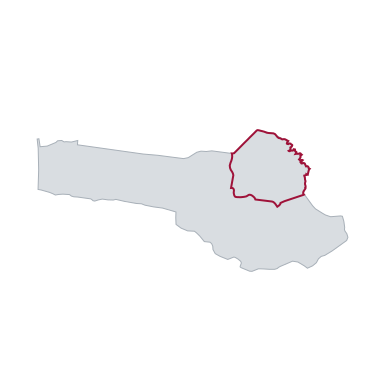 Atakora highlighted on a map of Benin, rotated 98°
{"feature_id": "BEN-2181", "entity_name": "Atakora", "entity_type": "Department", "adm_level": 1, "iso_a3": "BEN", "parent_name": "Benin", "parent_adm1": "", "projection": "robinson", "projection_center": [1.484, 10.71], "detail": "fine", "context": "in_parent", "style": "outline", "palette": "rose", "viewbox_px": 384, "rotation_deg": 98, "n_neighbors": 0, "source": "natural_earth", "source_scale": "10m", "svg_char_len": 4434}
<svg xmlns="http://www.w3.org/2000/svg" viewBox="0 0 384 384"><g transform="rotate(98 192 192)"><path d="M161.1,352.7L160.6,351.0L168.3,348.7L166.7,341.8L161.9,333.7L160.0,332.2L159.1,328.2L160.2,325.6L159.7,323.8L159.3,318.3L156.9,312.3L161.2,312.0L161.2,292.7L161.2,274.1L161.2,258.2L161.2,245.7L160.4,230.6L160.3,219.6L160.1,205.0L158.5,200.5L152.0,192.8L150.3,188.8L149.9,183.5L148.5,178.1L148.4,168.6L148.3,157.5L147.7,155.7L140.7,150.4L130.7,142.9L123.1,137.2L122.5,136.8L121.7,135.4L122.9,118.5L124.4,116.3L126.9,109.4L128.0,103.8L129.1,103.8L130.7,102.0L131.9,99.3L133.2,99.9L135.5,100.4L136.5,99.4L136.3,97.4L137.1,95.3L138.8,94.3L139.3,92.4L139.3,90.3L140.8,89.7L143.3,89.8L145.4,89.1L147.1,88.0L149.3,83.7L150.5,82.1L150.9,81.1L152.1,80.1L155.6,79.7L158.3,80.0L160.1,82.5L171.9,80.3L177.5,81.6L188.9,70.6L191.5,67.4L195.0,59.6L196.2,56.6L197.2,51.3L195.0,41.5L195.1,39.7L199.8,37.6L205.7,35.9L208.0,35.8L209.5,35.0L211.7,32.9L215.2,31.3L217.2,31.8L218.5,32.1L230.9,45.1L236.3,51.7L237.8,55.1L240.6,57.5L244.7,59.0L248.4,62.4L251.4,67.1L249.5,70.5L246.6,77.4L246.5,82.8L253.4,94.2L254.2,95.3L256.0,97.1L257.0,99.3L257.8,104.9L258.3,111.2L258.8,115.5L262.2,121.5L262.4,123.9L260.1,132.8L259.6,133.8L259.0,134.0L255.4,133.2L253.8,134.2L251.9,137.3L250.7,140.3L250.6,141.5L253.8,147.2L251.8,155.3L249.8,160.4L246.1,163.2L242.8,163.9L240.5,165.3L239.2,167.1L239.4,172.9L234.5,178.2L231.8,181.9L230.5,184.1L231.1,190.9L229.3,197.8L226.3,203.3L219.6,204.5L214.0,205.1L212.0,219.0L212.1,227.8L211.6,236.7L210.7,240.4L211.1,245.5L210.7,257.2L209.9,266.4L210.9,268.8L211.5,274.2L211.5,279.8L212.9,283.7L214.5,287.0L214.4,288.8L213.6,289.9L212.9,291.3L212.9,304.4L213.2,308.4L212.8,310.9L211.6,312.9L212.1,319.6L213.0,323.8L214.0,326.9L213.1,329.5L212.2,333.0L211.0,341.7L210.9,344.8L191.6,346.9L170.1,350.4L161.1,352.7Z" fill="#d9dde1" stroke="#a8b0b8" stroke-width="1"/><path d="M177.6,81.8L178.9,81.2L179.1,80.9L179.3,81.2L188.2,99.1L190.5,102.8L190.9,102.8L191.5,102.9L191.9,103.1L192.1,103.3L192.3,103.4L192.5,103.4L192.7,103.5L193.2,103.9L194.7,105.5L192.0,108.0L191.1,109.2L190.6,110.1L190.4,110.8L190.3,111.6L190.6,128.2L190.1,128.5L189.1,129.2L188.9,129.3L187.7,131.1L187.1,132.2L186.8,133.1L186.7,133.8L186.7,134.6L186.8,134.9L186.8,135.0L187.0,135.4L187.3,135.8L188.4,137.1L188.7,137.5L188.9,137.9L189.6,139.9L189.8,140.7L190.4,143.1L190.8,146.8L190.8,147.9L190.7,148.5L190.2,149.1L189.8,149.4L189.4,149.7L187.6,150.4L186.9,150.6L184.4,150.7L183.9,150.9L183.5,151.1L183.2,151.3L183.0,151.5L182.6,152.0L182.5,152.4L182.4,152.7L182.4,152.9L182.6,153.9L169.6,153.4L167.9,154.1L166.3,155.2L164.8,156.6L162.8,157.7L160.5,158.3L157.6,157.9L155.7,157.4L153.4,157.1L151.5,157.1L148.9,157.6L148.3,157.9L148.3,157.5L147.7,155.7L142.9,152.1L136.3,147.2L132.4,144.2L129.8,142.3L125.5,139.0L122.0,136.4L121.6,135.6L121.6,134.4L122.2,129.0L122.9,126.1L122.9,124.1L122.6,119.4L123.2,117.7L125.7,115.0L126.3,114.0L126.5,113.5L126.5,112.3L126.6,111.8L127.3,110.2L127.3,109.6L126.9,108.6L126.8,108.0L126.9,107.0L128.1,103.8L129.5,104.7L130.1,104.7L130.9,104.8L131.1,104.5L131.2,103.9L131.2,103.3L130.9,103.0L130.6,102.8L130.4,102.3L130.4,101.7L130.4,101.2L130.6,101.1L131.0,100.4L131.2,99.8L131.5,99.3L131.7,99.2L132.0,99.3L133.0,99.5L133.3,99.7L133.5,100.0L133.9,100.2L134.1,100.7L134.2,100.8L134.5,100.8L135.0,100.5L136.6,100.7L137.0,100.8L137.2,101.1L137.5,101.6L137.8,102.0L138.0,101.7L138.0,100.9L137.5,100.3L137.2,99.7L137.1,99.2L137.1,98.6L137.0,98.0L136.5,97.7L136.4,97.6L136.4,97.4L136.4,96.7L136.0,96.4L135.7,96.7L135.5,96.8L135.5,96.0L135.7,95.9L137.2,95.5L137.5,95.3L137.8,94.3L138.0,94.1L138.5,94.1L139.4,94.6L139.9,94.8L139.6,93.9L139.4,92.1L138.6,90.5L138.8,89.8L139.3,89.3L139.8,88.5L140.2,88.9L140.5,89.5L140.5,89.8L140.9,89.8L141.1,89.7L141.4,89.5L141.8,89.4L142.6,89.4L143.4,89.7L144.9,90.5L145.5,89.3L145.5,88.9L145.4,88.4L145.0,87.9L144.9,87.4L145.1,86.8L145.6,87.1L146.2,87.8L146.5,88.4L146.8,87.9L147.1,87.8L147.4,87.9L147.7,88.4L148.5,87.6L148.4,86.9L148.0,86.2L147.7,85.3L148.1,84.3L149.0,83.7L150.1,83.1L150.8,82.6L150.4,81.5L150.4,81.1L150.8,80.5L151.4,80.0L152.0,79.8L152.0,79.7L152.5,79.5L152.7,78.7L153.5,79.2L154.4,79.4L158.7,79.8L158.6,80.1L158.5,80.9L158.4,81.2L159.2,81.1L160.1,83.1L161.0,82.8L161.8,82.3L163.9,81.8L164.8,81.4L165.5,81.1L167.5,81.3L168.4,81.2L170.2,80.4L171.1,80.2L171.9,80.5L172.3,80.1L172.9,80.2L174.1,80.8L176.0,81.7L177.6,81.8Z" fill="none" stroke="#9f1239" stroke-width="2"/></g></svg>